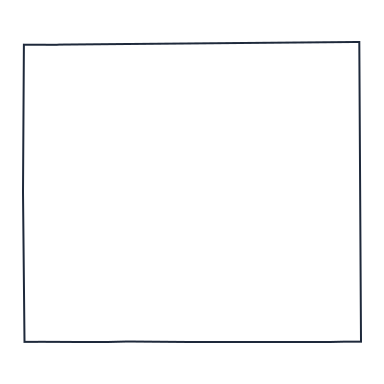 Comanche, Kansas, United States of America
{"feature_id": "52423323B46228321496043", "entity_name": "Comanche", "entity_type": "district", "adm_level": 2, "iso_a3": "USA", "parent_name": "United States of America", "parent_adm1": "Kansas", "projection": "albers", "projection_center": [-99.341, 37.192], "detail": "fine", "context": "isolated", "style": "outline", "palette": "slate", "viewbox_px": 384, "rotation_deg": 0, "n_neighbors": 0, "source": "geoboundaries", "source_scale": "gbopen_adm2", "svg_char_len": 386}
<svg xmlns="http://www.w3.org/2000/svg" viewBox="0 0 384 384"><path d="M77.3,342.0L107.9,342.0L127.6,341.5L188.5,342.0L206.8,342.0L280.6,342.0L283.5,342.0L330.2,342.0L342.9,341.7L361.0,341.7L359.3,42.0L353.0,42.0L59.3,44.6L56.7,44.8L23.9,44.7L23.0,191.9L24.5,341.9L44.8,341.8L47.6,341.9L48.4,341.9L49.9,341.9L59.8,341.9L77.3,342.0Z" fill="none" stroke="#1e293b" stroke-width="2"/></svg>